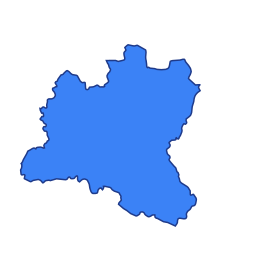 the Region of Lipetsk, rotated 20°
{"feature_id": "RUS-2363", "entity_name": "Lipetsk", "entity_type": "Region", "adm_level": 1, "iso_a3": "RUS", "parent_name": "Russia", "parent_adm1": "", "projection": "orthographic", "projection_center": [38.959, 52.736], "detail": "fine", "context": "isolated", "style": "filled", "palette": "blue", "viewbox_px": 256, "rotation_deg": 20, "n_neighbors": 0, "source": "natural_earth", "source_scale": "10m", "svg_char_len": 5799}
<svg xmlns="http://www.w3.org/2000/svg" viewBox="0 0 256 256"><g transform="rotate(20 128 128)"><path d="M183.0,68.3L181.3,70.8L180.5,72.7L180.2,73.8L180.0,74.9L180.0,76.7L180.2,78.3L180.7,80.5L180.8,81.5L181.0,85.5L181.2,86.7L182.4,91.4L182.5,92.5L182.5,93.2L182.4,94.8L181.6,96.4L179.6,99.6L180.1,101.3L180.5,101.8L181.1,102.4L181.3,102.9L181.3,103.6L180.9,104.4L180.6,104.8L180.0,104.9L179.2,104.8L178.9,105.2L178.6,106.3L178.4,107.9L178.4,109.2L178.7,110.4L179.4,111.4L179.7,112.2L179.9,113.3L179.8,117.1L179.3,119.3L179.4,120.2L179.1,121.1L177.9,121.2L176.8,120.6L176.6,120.8L176.5,121.3L176.9,122.2L176.8,122.7L176.3,123.2L173.2,124.6L171.7,127.2L171.6,127.7L171.8,128.1L173.0,129.1L173.4,129.6L173.6,130.4L173.6,131.1L173.5,131.6L173.3,132.1L172.0,134.2L171.8,134.6L171.7,135.4L172.1,136.3L173.5,138.4L174.0,138.9L175.1,139.5L176.6,140.0L177.0,140.4L177.5,141.2L177.6,141.7L177.6,142.1L177.3,143.5L177.7,144.1L178.8,145.0L184.5,148.2L186.3,149.0L186.9,149.6L188.9,152.3L190.3,152.8L191.8,154.6L191.9,156.2L192.2,156.6L193.5,158.0L195.1,160.5L196.9,161.4L203.5,162.8L204.9,163.4L207.9,165.8L208.3,166.8L209.3,169.2L209.6,169.5L210.0,169.6L210.4,169.4L211.8,168.1L212.2,168.0L212.6,168.2L215.8,170.5L216.6,171.6L216.9,172.7L217.3,175.1L217.4,176.3L217.3,177.0L217.2,177.6L216.6,178.4L215.1,179.4L214.7,180.0L214.3,182.8L214.0,183.5L212.6,185.8L212.4,186.6L212.2,187.8L212.3,189.0L213.4,191.1L213.5,191.6L213.5,192.7L213.0,193.5L211.7,194.2L207.7,195.0L207.0,195.3L206.4,195.9L206.1,196.5L206.1,197.2L206.3,198.5L206.7,199.7L206.7,201.0L206.0,203.9L197.7,203.2L193.4,203.9L186.4,202.9L185.3,203.1L183.9,202.5L182.9,200.5L180.9,201.3L180.1,202.1L179.8,202.7L179.3,203.2L178.3,204.1L177.4,204.4L176.9,204.4L174.7,203.9L173.5,203.4L172.3,202.3L171.4,202.0L170.3,201.9L169.0,202.5L168.4,203.0L168.3,203.4L168.4,204.6L168.1,205.3L167.7,205.9L166.5,207.4L166.1,207.7L165.6,207.9L159.8,207.5L155.3,206.0L151.3,205.2L145.2,202.9L145.1,201.7L145.3,200.9L146.1,199.0L146.3,198.2L146.3,197.9L145.1,196.0L144.8,194.7L144.5,194.3L142.6,192.8L142.2,192.2L141.0,191.9L136.7,192.0L134.3,191.4L132.2,190.1L131.2,190.0L126.2,190.7L124.9,191.2L125.5,192.1L125.5,193.0L125.4,194.1L125.1,194.8L123.1,193.6L121.8,194.5L121.1,196.5L121.4,198.9L121.2,199.7L119.8,200.6L117.4,201.5L116.6,201.4L115.9,201.1L114.9,200.3L113.5,198.6L112.6,197.3L111.0,194.4L110.2,193.4L108.0,191.3L107.5,191.0L106.8,190.7L105.3,190.7L104.6,190.8L103.6,191.3L102.8,191.9L102.0,193.0L100.9,195.2L99.5,194.9L98.7,194.2L98.1,193.4L97.6,191.9L97.1,190.8L96.8,190.5L96.5,190.5L96.0,190.7L95.5,191.5L95.2,192.0L94.9,193.3L94.4,193.9L94.0,194.2L92.5,194.9L91.6,195.0L91.2,194.9L90.5,194.2L89.7,194.1L89.3,194.3L88.8,195.0L88.5,195.9L88.2,197.1L87.7,197.5L86.9,198.0L78.2,200.2L73.0,204.0L71.5,204.1L68.9,205.5L68.2,206.3L67.7,207.4L67.2,208.3L66.8,208.6L66.5,208.7L65.4,208.0L63.7,207.1L61.6,207.0L61.0,207.2L56.8,209.7L55.3,211.5L54.6,211.8L48.0,211.1L47.8,210.9L47.4,207.9L46.8,207.3L45.8,207.5L44.8,208.2L44.0,208.4L43.6,208.2L43.3,207.9L41.6,204.5L41.4,203.8L41.7,202.4L41.4,200.5L40.7,198.7L40.5,198.3L39.8,198.1L40.4,196.1L40.5,193.5L41.6,186.9L41.8,184.0L43.8,181.8L45.2,180.0L46.1,179.2L46.9,178.9L48.4,179.2L48.6,179.1L48.7,177.9L49.1,177.5L49.8,177.0L52.2,175.9L53.5,175.7L55.5,175.8L56.3,175.3L55.0,173.4L54.9,172.7L55.3,171.0L56.2,170.2L56.5,169.5L56.6,169.1L56.6,167.9L57.5,167.0L57.7,166.3L57.6,165.7L57.2,165.0L54.6,162.4L54.3,161.8L54.0,160.8L53.2,159.4L52.2,159.0L51.0,159.4L50.4,159.4L48.5,158.0L48.3,157.7L48.2,157.3L48.2,156.6L48.4,155.7L48.9,155.3L49.9,155.1L50.1,154.9L50.2,154.7L50.3,153.6L50.1,153.2L49.9,152.8L49.2,152.4L47.9,152.4L47.2,152.0L45.9,150.8L45.3,150.4L44.8,150.3L44.1,150.4L43.0,150.1L42.4,149.7L42.4,149.1L42.5,148.7L42.9,148.1L43.1,146.7L43.3,146.5L44.3,146.4L44.5,146.2L44.6,145.7L44.4,145.1L43.3,143.1L43.0,143.0L42.6,143.1L42.1,143.6L41.7,143.5L39.5,141.3L38.6,139.7L39.7,139.6L40.0,139.4L40.2,139.0L40.3,138.2L41.0,137.3L41.7,137.1L43.6,137.5L44.4,137.1L44.6,136.8L44.7,136.3L44.5,135.6L44.0,134.9L43.8,134.3L43.6,133.4L43.4,131.4L43.2,130.6L42.7,129.4L42.7,129.0L43.1,128.3L43.7,127.7L46.2,126.8L47.1,126.1L47.8,125.3L48.2,124.7L48.4,123.9L48.6,122.8L48.5,122.0L47.8,120.8L46.4,119.4L44.9,118.6L44.4,118.2L44.0,117.7L43.7,117.0L43.7,116.5L43.8,116.2L44.8,115.5L45.8,114.1L46.9,113.5L46.6,112.6L44.1,110.5L44.3,109.3L45.4,108.3L45.5,107.8L45.5,106.5L45.6,105.7L46.9,101.1L48.2,100.2L48.8,99.4L49.1,98.3L50.3,95.9L50.8,95.2L51.2,94.9L51.9,94.9L53.5,95.3L55.5,96.3L56.8,96.7L57.7,96.8L61.6,96.1L62.2,96.2L62.7,96.4L67.0,100.2L68.7,100.9L69.6,101.0L70.7,100.4L71.5,100.0L72.0,100.0L72.3,100.2L72.4,100.4L73.6,103.0L74.5,105.1L75.2,105.9L75.5,106.0L76.6,105.9L77.3,105.3L77.7,104.7L77.8,103.2L77.9,102.9L78.1,102.7L80.7,101.5L81.8,100.8L84.2,98.3L85.0,98.2L87.6,99.0L91.3,97.6L91.8,96.9L91.2,96.2L91.3,95.3L93.3,92.5L93.8,91.3L93.8,90.9L93.6,90.3L90.9,87.2L90.4,86.0L90.6,84.0L90.8,83.2L91.5,81.7L91.6,81.2L91.7,79.7L91.6,79.2L91.3,78.6L90.1,77.8L89.3,77.0L87.9,75.0L86.7,74.2L84.6,72.0L93.2,68.8L95.6,68.8L96.2,68.7L100.0,66.2L100.8,65.6L101.3,65.0L101.3,64.7L101.3,64.2L101.0,63.3L99.3,60.7L98.5,58.9L98.6,57.8L99.1,56.7L99.4,55.5L99.0,55.0L98.1,54.1L97.5,53.4L98.8,50.9L99.6,49.8L105.0,49.0L106.2,48.6L108.0,47.3L108.6,47.1L117.6,48.6L118.0,48.8L119.0,50.6L120.3,55.3L121.1,57.1L122.1,58.7L123.4,61.2L124.6,63.8L125.3,64.5L125.8,64.6L126.3,64.0L126.7,63.9L128.3,64.2L132.7,63.1L135.2,63.0L139.4,61.8L143.4,60.0L145.2,58.4L145.7,57.0L145.6,55.2L145.4,53.9L145.0,51.6L145.0,50.9L145.6,50.2L146.9,49.4L153.6,46.4L156.0,44.7L157.4,44.2L158.2,44.6L158.7,45.3L159.9,46.4L163.5,48.5L166.1,50.5L166.7,51.2L168.0,53.2L168.2,54.4L168.2,55.5L168.2,56.6L167.8,59.0L167.9,60.7L168.8,61.3L176.6,64.5L180.6,62.8L180.8,62.9L180.2,64.7L180.5,66.0L183.0,68.3Z" fill="#3b82f6" stroke="#1e3a8a" stroke-width="1.5"/></g></svg>